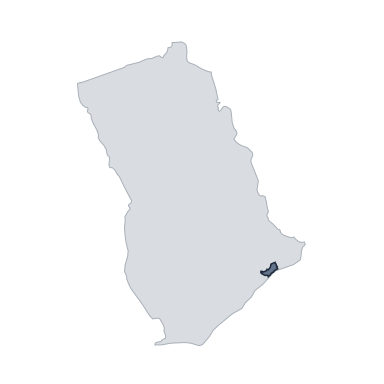 Ningo/prampram, Greater Accra, Ghana shown in context, rotated 341°
{"feature_id": "2480657B81968156308620", "entity_name": "Ningo/prampram", "entity_type": "district", "adm_level": 2, "iso_a3": "GHA", "parent_name": "Ghana", "parent_adm1": "Greater Accra", "projection": "robinson", "projection_center": [0.183, 5.814], "detail": "fine", "context": "in_parent", "style": "filled", "palette": "slate", "viewbox_px": 384, "rotation_deg": 341, "n_neighbors": 0, "source": "geoboundaries", "source_scale": "gbopen_adm2", "svg_char_len": 4797}
<svg xmlns="http://www.w3.org/2000/svg" viewBox="0 0 384 384"><g transform="rotate(341 192 192)"><path d="M231.0,46.7L233.6,49.4L234.2,51.0L233.2,57.0L231.4,61.2L230.2,65.1L230.3,67.1L231.5,69.0L235.4,72.1L237.4,74.1L239.8,77.2L242.6,80.1L247.3,84.0L249.2,84.7L249.2,85.7L248.5,87.2L248.1,101.6L247.7,105.3L247.4,107.2L246.9,112.5L246.4,113.3L245.5,113.2L244.7,113.4L244.5,114.5L244.9,115.6L247.7,116.4L247.1,117.2L245.0,117.9L244.0,119.5L244.4,121.4L243.3,122.9L243.6,123.9L244.3,124.6L245.5,124.3L248.8,121.9L250.2,121.6L252.0,122.1L255.1,125.9L255.3,127.7L254.0,134.0L252.7,138.9L252.5,145.4L253.8,149.1L253.6,151.1L252.2,152.8L248.9,155.4L249.2,157.1L250.7,160.3L253.4,163.8L258.8,168.2L261.7,174.0L261.7,176.3L260.1,178.7L258.1,180.7L257.5,183.6L258.4,202.9L254.1,211.3L254.1,213.7L254.5,216.4L255.6,218.1L257.8,218.6L259.6,220.2L259.0,226.0L258.0,232.0L257.9,234.9L257.3,236.3L255.7,237.4L255.0,239.3L255.5,241.6L255.1,243.4L256.1,245.6L258.0,248.4L261.1,255.3L262.3,255.8L262.9,257.3L262.5,258.7L263.7,261.7L267.2,264.8L270.9,267.5L273.8,267.8L274.5,270.2L276.5,273.3L277.9,274.6L280.1,275.5L282.0,275.9L282.0,278.5L278.7,280.2L276.5,282.9L274.8,286.9L272.4,291.4L264.2,293.7L261.1,293.7L244.3,293.8L228.6,302.5L219.6,305.6L214.0,310.6L206.5,314.0L201.3,318.3L190.5,320.3L172.7,327.0L167.1,329.6L161.5,334.3L152.3,339.7L148.7,339.6L141.6,334.5L136.2,332.0L123.0,328.1L113.2,326.6L108.4,324.9L107.1,324.6L108.2,322.8L111.0,322.7L113.8,323.3L116.0,321.9L119.2,321.7L120.1,320.2L120.3,316.6L120.3,313.6L121.4,312.3L121.7,308.8L120.2,301.1L119.0,300.2L113.3,299.1L112.9,297.5L111.9,295.9L110.8,291.9L109.5,286.0L107.5,278.7L103.7,266.6L102.7,262.3L102.1,257.9L102.0,252.7L102.8,250.8L102.6,248.1L102.3,245.4L105.0,239.2L110.4,231.7L111.5,228.9L112.5,227.0L112.6,224.3L113.6,215.5L116.2,204.9L117.8,200.9L118.9,198.7L120.2,195.2L120.5,193.5L125.4,189.3L127.7,188.2L128.2,186.6L127.4,184.8L127.8,183.6L128.9,183.0L130.7,182.5L132.1,180.7L130.0,167.6L128.4,154.6L128.3,153.5L127.3,151.6L126.3,146.3L124.6,143.1L122.3,142.2L122.3,139.2L124.7,134.2L125.3,131.2L124.2,130.3L124.0,128.0L124.8,124.3L124.4,122.0L124.0,119.6L121.6,113.9L121.0,109.9L122.3,107.5L122.2,102.3L120.9,94.3L120.7,89.2L121.6,87.1L121.2,85.1L119.5,83.2L119.3,81.4L120.8,79.6L120.7,78.2L118.8,77.2L117.1,74.7L115.7,70.8L116.0,64.6L118.8,53.0L119.2,52.1L122.3,52.1L122.3,52.6L132.2,52.5L143.4,52.4L156.8,52.3L169.0,52.1L169.5,51.6L171.6,51.0L183.9,52.1L191.6,51.5L194.8,51.9L197.2,52.7L202.6,52.2L205.4,52.5L207.5,55.4L208.4,55.4L209.6,54.1L211.7,52.8L213.9,51.7L215.4,49.4L216.4,47.7L217.8,48.1L219.8,48.0L221.2,46.5L221.7,44.3L231.0,46.7Z" fill="#d9dde1" stroke="#a8b0b8" stroke-width="1"/><path d="M231.3,289.7L231.1,290.3L230.9,290.3L230.9,290.8L231.0,291.1L231.2,291.4L231.2,291.6L231.3,291.9L231.4,292.0L231.6,292.1L231.8,292.3L231.9,292.5L232.0,292.6L232.2,292.9L233.7,294.5L234.6,294.9L234.9,294.9L235.2,295.0L235.4,295.0L235.8,295.2L236.0,295.3L236.4,295.5L236.5,295.5L236.7,295.8L236.8,295.9L236.8,296.0L236.7,296.1L236.6,296.3L236.5,296.5L236.5,296.8L236.6,296.7L236.8,296.7L237.0,296.6L237.3,296.5L237.5,296.5L237.8,296.4L238.0,296.4L238.3,296.3L238.4,296.2L238.5,296.2L238.8,296.1L239.0,296.1L239.1,295.9L239.2,295.7L239.3,295.6L239.4,295.4L239.5,295.4L239.8,295.2L240.0,295.1L240.3,295.0L240.5,294.9L240.8,294.8L240.8,294.7L241.0,294.6L241.3,294.4L241.5,294.4L241.8,294.4L242.0,294.4L242.4,294.3L242.5,294.3L242.8,294.3L242.8,294.2L243.0,294.2L243.3,294.0L243.4,293.9L243.5,293.9L243.7,293.7L243.8,293.7L244.0,293.5L244.0,293.4L244.4,293.3L244.5,293.3L244.5,293.2L244.8,293.1L245.0,293.1L245.3,293.0L245.5,293.0L245.7,292.9L245.8,292.9L246.0,292.9L246.5,292.7L246.9,292.7L247.1,292.6L247.3,292.6L247.6,292.6L247.9,292.5L248.0,292.5L248.0,292.4L248.0,292.2L247.9,291.8L247.9,291.6L247.9,291.4L247.9,291.2L247.9,290.9L248.0,290.7L247.9,290.6L248.1,290.5L248.3,290.5L248.3,290.4L248.3,290.2L248.2,290.1L248.1,289.8L248.1,289.7L248.0,289.4L247.9,289.3L247.9,289.2L247.8,288.9L247.8,288.7L247.9,288.4L247.9,288.2L248.0,288.0L248.0,287.9L248.0,287.7L247.9,287.4L247.9,287.2L247.8,286.9L247.7,286.8L247.7,286.7L247.6,286.4L247.6,286.2L247.5,285.9L247.6,285.6L245.4,285.7L244.6,285.8L244.2,285.8L243.5,285.8L243.4,286.0L243.2,286.2L243.2,286.3L242.9,286.4L242.9,286.5L242.7,286.8L242.0,288.0L240.9,289.2L239.2,290.0L238.7,290.1L238.6,290.3L238.2,289.9L237.8,289.6L237.7,289.5L237.3,290.0L236.9,290.2L236.8,290.3L236.8,290.5L236.7,290.6L236.0,290.7L235.5,290.8L235.3,290.8L235.2,290.8L234.8,290.8L234.7,290.8L234.4,290.8L234.1,290.9L233.9,290.8L233.8,290.7L233.7,290.7L233.4,290.6L233.2,290.6L233.1,290.3L233.0,290.2L232.9,290.1L232.7,290.2L232.6,290.3L232.5,290.2L232.5,290.3L232.4,290.2L232.2,290.1L231.9,290.1L231.7,289.9L231.4,289.8L231.3,289.7L231.3,289.7Z" fill="#64748b" stroke="#1e293b" stroke-width="1.5"/></g></svg>